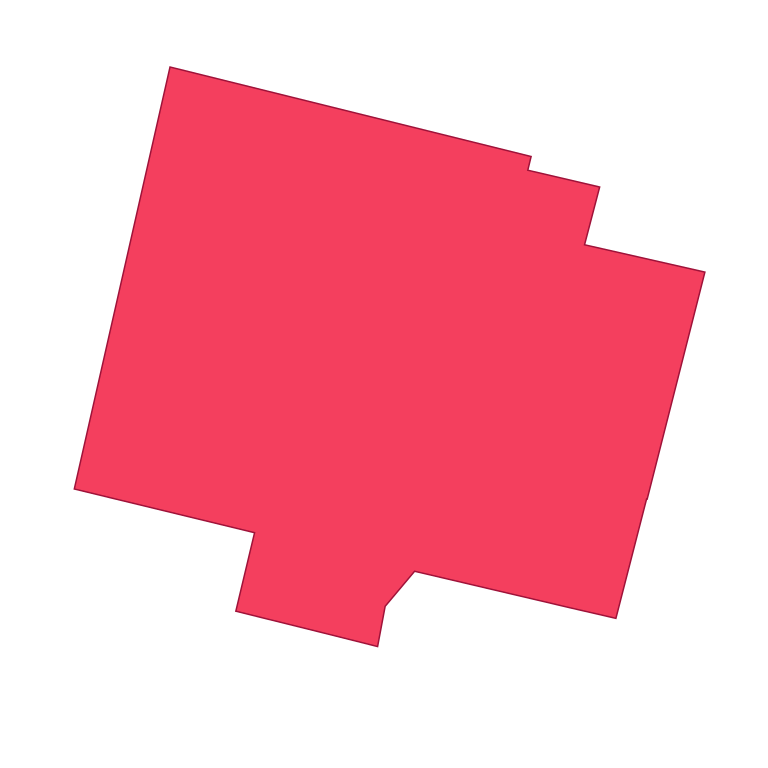 outline of Macon, Illinois, United States of America, rotated 284°
{"feature_id": "52423323B50631899161108", "entity_name": "Macon", "entity_type": "district", "adm_level": 2, "iso_a3": "USA", "parent_name": "United States of America", "parent_adm1": "Illinois", "projection": "albers", "projection_center": [-88.998, 39.854], "detail": "fine", "context": "isolated", "style": "filled", "palette": "rose", "viewbox_px": 768, "rotation_deg": 284, "n_neighbors": 0, "source": "geoboundaries", "source_scale": "gbopen_adm2", "svg_char_len": 386}
<svg xmlns="http://www.w3.org/2000/svg" viewBox="0 0 768 768"><g transform="rotate(284 384 384)"><path d="M640.3,471.7L639.8,99.7L207.2,108.9L208.4,294.4L127.7,295.2L127.8,385.8L127.7,441.3L168.6,438.9L209.7,459.0L211.9,619.8L212.7,665.7L336.0,666.6L336.0,667.2L570.2,668.3L567.6,544.9L627.3,545.6L626.2,471.8L640.3,471.7Z" fill="#f43f5e" stroke="#9f1239" stroke-width="1.5"/></g></svg>